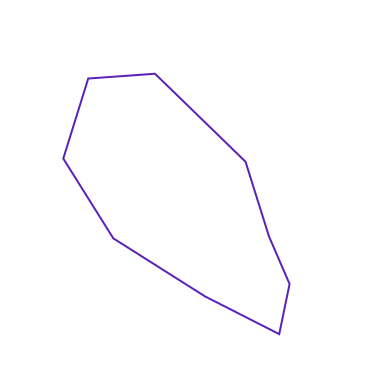 the Dependency of Redonda, rotated 120°
{"feature_id": "ATG-5092", "entity_name": "Redonda", "entity_type": "Dependency", "adm_level": 1, "iso_a3": "ATG", "parent_name": "Antigua and Barbuda", "parent_adm1": "", "projection": "albers", "projection_center": [-62.345, 16.936], "detail": "fine", "context": "isolated", "style": "outline", "palette": "violet", "viewbox_px": 384, "rotation_deg": 120, "n_neighbors": 0, "source": "natural_earth", "source_scale": "10m", "svg_char_len": 284}
<svg xmlns="http://www.w3.org/2000/svg" viewBox="0 0 384 384"><g transform="rotate(120 192 192)"><path d="M192.0,103.1L222.9,61.5L271.5,45.4L275.9,128.5L271.5,237.0L227.4,320.2L145.6,338.6L108.1,283.2L139.0,160.8L192.0,103.1Z" fill="none" stroke="#5b21b6" stroke-width="2"/></g></svg>